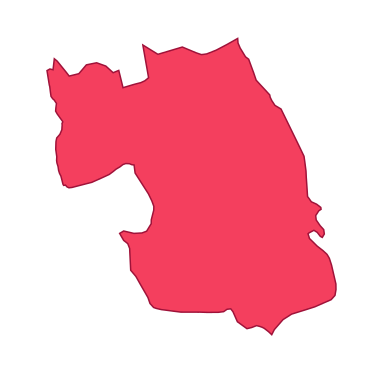 Qillin, Kafr ash Shaykh, Egypt (Albers equal-area conic projection), rotated 172°
{"feature_id": "37247803B73362886902816", "entity_name": "Qillin", "entity_type": "district", "adm_level": 2, "iso_a3": "EGY", "parent_name": "Egypt", "parent_adm1": "Kafr ash Shaykh", "projection": "albers", "projection_center": [30.844, 31.086], "detail": "fine", "context": "isolated", "style": "filled", "palette": "rose", "viewbox_px": 384, "rotation_deg": 172, "n_neighbors": 0, "source": "geoboundaries", "source_scale": "gbopen_adm2", "svg_char_len": 2570}
<svg xmlns="http://www.w3.org/2000/svg" viewBox="0 0 384 384"><g transform="rotate(172 192 192)"><path d="M220.2,344.4L220.2,343.6L219.7,328.9L219.3,317.5L219.1,311.2L223.2,308.7L227.5,307.4L232.1,306.9L234.6,306.6L241.9,305.5L245.8,304.9L247.6,322.6L251.2,321.7L253.5,321.1L259.8,328.7L268.4,333.2L270.8,333.1L277.5,332.7L278.9,332.6L280.5,331.2L283.4,328.6L287.6,324.9L297.5,323.9L299.9,328.1L307.3,340.4L309.8,343.1L312.6,332.4L315.6,333.6L318.7,332.4L318.5,322.3L318.5,321.2L318.4,317.6L318.2,316.2L318.3,311.0L318.3,306.3L316.9,303.6L315.7,302.3L313.9,298.6L315.1,294.2L315.8,291.1L314.6,288.0L310.3,279.9L310.3,279.2L311.2,278.0L311.3,276.1L311.6,274.9L312.2,271.8L314.5,268.0L314.8,267.5L318.4,264.4L319.3,262.0L319.7,260.7L321.0,253.2L321.0,245.7L321.7,242.0L321.7,239.5L321.1,235.8L321.1,232.0L320.6,228.9L319.6,226.0L319.1,221.5L318.8,218.6L318.7,217.7L318.2,216.4L316.3,216.4L315.1,214.5L313.9,213.7L313.3,213.3L310.2,213.2L295.5,214.9L289.9,215.5L279.5,218.5L271.5,220.9L267.1,223.3L264.0,225.2L259.7,227.0L256.6,228.8L253.6,229.4L249.9,228.7L248.0,227.5L245.6,226.8L245.7,218.7L239.1,204.3L238.5,203.0L235.4,196.2L233.0,188.7L231.8,183.1L232.4,179.4L236.2,170.1L236.8,166.3L242.4,159.5L247.3,158.4L255.3,159.1L260.2,161.0L265.1,162.9L268.4,161.5L269.4,161.1L268.6,159.0L266.4,153.6L262.8,149.8L261.6,144.8L263.6,123.0L259.3,116.2L256.1,108.0L250.3,93.6L249.1,87.4L246.1,83.0L243.6,81.7L238.7,79.8L235.7,79.0L227.1,76.6L219.7,74.6L202.2,72.1L200.7,71.9L193.3,70.6L191.2,70.3L187.8,69.9L182.9,69.2L177.3,69.1L173.6,71.0L169.9,70.9L168.1,67.8L165.1,57.2L156.6,49.0L151.7,49.5L146.7,50.7L143.7,49.5L141.2,48.2L139.4,46.9L135.7,43.1L132.9,39.6L129.6,44.3L119.7,52.9L118.0,53.7L110.4,57.2L96.3,59.5L86.4,61.2L77.5,63.7L69.2,66.0L64.8,69.7L63.0,75.3L62.3,80.9L62.6,84.3L64.0,100.2L65.2,107.1L66.0,109.2L67.0,111.5L70.6,115.9L75.5,120.9L82.2,129.7L82.3,130.7L82.9,134.5L82.3,134.9L81.6,135.3L76.6,137.1L73.6,134.6L71.1,130.2L69.3,128.9L66.8,132.0L66.8,132.8L66.8,136.4L69.8,140.8L72.9,147.0L72.8,151.4L69.1,155.7L66.6,156.9L66.6,158.8L70.3,162.6L75.2,165.7L77.2,169.6L78.2,171.4L77.5,180.7L76.8,190.7L76.2,196.9L76.1,205.6L76.1,211.8L79.0,220.9L81.8,229.6L92.3,261.8L97.8,266.2L99.6,270.0L100.2,271.2L100.8,273.1L101.4,275.0L101.5,277.3L107.3,285.7L109.9,289.4L112.9,293.8L114.5,302.2L114.7,303.0L117.4,315.6L120.2,318.4L123.9,327.0L124.2,327.6L124.6,329.1L125.7,333.1L125.4,337.7L132.8,334.8L136.6,333.3L148.3,329.1L158.2,326.7L162.1,326.7L163.7,326.8L168.6,329.3L181.4,336.9L206.6,333.1L220.2,344.4Z" fill="#f43f5e" stroke="#9f1239" stroke-width="1.5"/></g></svg>